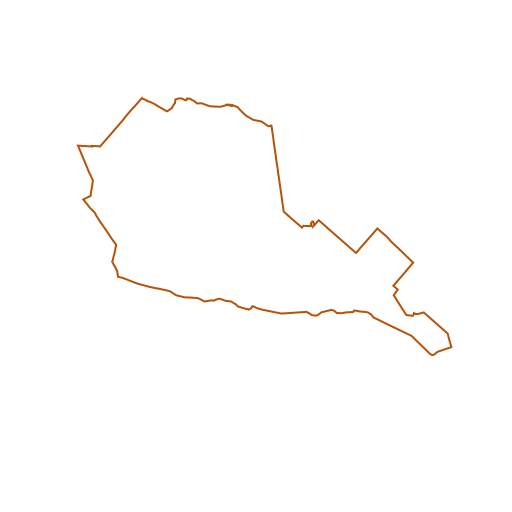 Vīksnas pag., Balvu, Latvia, rotated 42°
{"feature_id": "27541924B75999158196044", "entity_name": "Vīksnas pag.", "entity_type": "district", "adm_level": 2, "iso_a3": "LVA", "parent_name": "Latvia", "parent_adm1": "Balvu", "projection": "equal_earth", "projection_center": [27.422, 57.224], "detail": "fine", "context": "isolated", "style": "outline", "palette": "amber", "viewbox_px": 512, "rotation_deg": 42, "n_neighbors": 0, "source": "geoboundaries", "source_scale": "gbopen_adm2", "svg_char_len": 5839}
<svg xmlns="http://www.w3.org/2000/svg" viewBox="0 0 512 512"><g transform="rotate(42 256 256)"><path d="M179.7,148.2L179.8,149.3L179.4,150.3L178.8,150.9L177.4,151.5L170.2,152.3L167.7,153.8L162.8,156.7L159.6,157.4L154.4,158.4L151.0,158.3L145.9,158.0L143.1,157.7L139.9,158.7L137.8,159.5L138.0,159.7L137.9,160.1L138.0,160.4L137.8,160.7L137.5,160.6L137.3,160.6L137.2,160.9L137.0,161.0L136.8,160.7L136.6,160.7L136.1,160.7L136.1,160.8L135.7,161.0L135.5,161.6L135.2,161.6L135.2,162.1L134.7,162.3L134.4,162.2L134.0,162.1L133.8,162.4L133.6,162.7L132.9,163.1L132.8,163.3L133.1,163.6L129.8,168.8L125.4,172.5L121.5,175.6L116.7,177.6L113.5,178.8L110.4,181.8L110.0,182.1L106.4,182.2L104.6,182.7L104.2,182.9L102.4,183.1L101.7,183.3L99.4,185.1L100.0,186.8L99.7,187.3L98.5,187.8L95.6,188.6L93.4,190.2L91.4,193.6L93.5,196.6L93.5,196.8L93.6,198.6L93.8,199.3L94.2,201.6L94.6,202.2L93.2,207.7L93.0,208.1L92.1,208.3L85.2,209.8L78.4,211.1L73.7,212.5L71.6,213.7L71.3,213.8L70.8,213.5L70.4,213.5L66.3,215.1L65.9,215.1L65.5,215.0L65.6,221.1L65.7,226.9L65.6,227.9L65.6,233.0L65.8,239.2L65.9,241.6L66.0,241.9L66.2,244.7L66.2,247.6L66.3,249.4L66.3,251.3L66.4,258.3L66.5,258.8L66.6,265.8L66.8,276.0L66.8,277.7L66.9,278.9L66.3,279.3L64.9,280.3L64.1,281.0L61.3,283.2L60.4,284.0L60.9,284.3L49.9,293.1L55.2,295.6L56.7,296.3L58.9,297.4L62.1,298.9L68.0,301.7L74.6,304.9L82.9,308.4L83.9,308.8L84.4,309.2L86.9,312.9L91.7,320.5L92.9,321.9L89.8,329.5L100.4,331.3L100.5,331.3L106.0,331.6L107.4,331.7L109.7,332.7L117.5,334.9L118.2,335.1L119.5,335.3L127.1,337.1L134.5,339.0L140.0,340.3L144.8,341.3L146.2,344.1L146.8,344.9L148.5,347.8L149.9,350.5L152.3,354.9L152.8,356.2L153.0,356.5L153.9,356.8L154.8,357.0L155.4,357.4L155.6,357.5L156.5,357.8L157.3,357.9L157.9,358.1L158.0,358.2L158.1,358.3L158.3,358.3L158.6,358.4L160.5,359.1L160.8,359.3L162.7,360.0L163.0,360.2L164.9,361.8L165.0,361.8L167.3,363.7L167.4,363.8L168.4,363.2L170.3,362.2L171.0,361.7L171.7,361.4L173.3,360.9L175.3,360.0L178.5,358.9L186.9,355.6L187.9,355.1L196.5,350.7L198.1,349.9L199.9,348.8L203.1,347.0L204.7,345.9L207.8,344.1L213.5,340.9L215.4,339.9L215.9,339.7L218.0,339.4L222.8,338.6L223.1,338.5L230.4,334.6L230.7,334.5L230.9,334.3L232.2,333.1L233.8,331.8L235.8,330.2L239.0,327.7L240.5,326.6L240.8,326.4L241.7,325.9L242.3,325.7L242.9,325.6L245.2,325.0L247.7,324.4L248.0,324.3L248.3,324.1L248.6,323.8L249.4,322.6L250.5,321.4L251.1,320.6L251.7,319.8L252.2,319.3L252.7,318.7L253.1,318.3L254.6,317.3L254.8,317.1L255.2,315.6L255.3,315.4L256.1,314.2L256.4,313.7L256.6,313.3L256.8,313.1L256.9,312.8L257.0,312.6L257.2,312.4L257.6,312.1L258.2,311.8L258.5,311.7L258.9,311.5L261.6,310.4L263.7,309.5L264.1,309.2L264.3,309.0L266.3,307.6L267.8,306.5L268.0,306.4L272.2,305.7L272.5,305.6L273.1,305.4L273.3,305.4L276.2,305.6L276.4,305.6L276.6,305.5L277.4,305.1L279.8,304.0L281.7,303.1L286.4,300.6L286.5,300.6L286.6,300.4L287.2,298.6L287.3,298.1L287.3,297.8L287.2,297.1L287.1,296.8L287.0,296.6L286.9,296.4L286.9,296.1L287.0,295.8L287.1,295.6L287.3,295.4L291.2,294.2L292.7,293.6L294.9,292.6L296.2,291.9L299.6,289.9L309.1,284.3L313.0,282.0L313.4,281.7L315.0,280.1L317.3,277.8L322.2,272.7L329.3,265.4L329.9,264.9L330.4,264.1L330.7,263.9L331.1,263.7L334.0,263.0L335.0,262.8L336.4,262.7L337.1,262.5L337.4,262.4L338.2,261.8L339.7,260.7L340.2,260.4L340.6,259.9L340.9,259.6L341.2,259.1L341.3,258.9L341.3,258.5L341.5,258.0L341.6,257.7L341.8,256.9L342.0,255.7L342.2,254.9L342.3,254.4L342.6,253.5L343.3,252.5L344.1,251.7L344.3,251.0L344.4,250.8L344.7,250.5L345.2,249.8L345.9,248.7L346.9,247.4L347.1,247.1L347.5,246.5L347.6,246.1L347.8,245.8L348.2,245.6L349.0,245.2L349.6,244.9L350.3,244.5L350.5,244.4L350.9,244.3L351.1,244.4L351.8,244.4L352.1,244.4L353.2,244.4L354.2,244.3L354.4,244.2L354.5,244.2L355.0,243.5L355.6,243.1L356.6,242.4L357.3,241.9L357.9,241.2L358.5,240.4L360.8,237.5L362.0,236.3L363.9,234.4L365.4,232.9L365.6,232.7L365.7,232.3L365.7,232.1L365.4,231.2L365.5,230.7L365.9,230.4L369.9,228.0L371.0,227.2L372.3,226.3L372.6,226.0L373.3,225.5L373.6,225.2L374.2,224.8L374.7,224.4L376.3,223.4L376.8,223.2L377.2,223.0L378.3,222.9L379.5,222.5L380.2,222.4L380.6,222.4L381.2,222.5L383.3,222.9L384.3,223.0L384.8,222.9L385.3,222.8L390.1,221.4L393.4,220.5L414.7,214.3L420.2,212.7L424.1,211.5L425.0,211.3L425.6,211.3L438.0,211.8L444.5,212.0L450.9,212.3L451.7,212.2L452.8,211.8L453.0,211.7L453.3,211.6L453.7,211.2L454.1,210.7L454.4,209.9L454.8,207.0L455.1,205.6L459.4,197.8L461.0,195.2L462.1,192.9L457.2,189.9L454.9,188.4L454.4,188.1L453.7,187.7L451.5,186.1L451.4,186.0L451.0,185.7L450.4,185.4L449.1,185.4L448.9,185.4L448.3,185.4L446.0,185.4L442.7,185.5L441.4,185.4L438.7,185.5L437.4,185.5L427.4,185.6L425.6,185.6L418.4,185.7L417.7,186.9L417.2,187.6L416.4,188.9L415.9,189.6L415.8,189.9L415.1,190.6L414.2,191.6L413.7,192.2L413.4,192.3L411.6,192.7L412.7,195.2L412.6,195.5L407.2,199.3L406.2,199.0L401.3,197.7L390.6,194.7L384.6,193.0L383.8,186.1L378.0,186.2L378.0,184.7L378.0,182.4L377.9,182.4L377.8,178.5L377.8,176.8L377.7,170.0L377.7,169.9L377.6,167.5L377.5,164.6L377.4,163.0L377.3,155.8L372.4,155.6L355.6,155.0L354.7,155.1L347.9,154.9L347.4,154.9L343.0,154.4L341.5,154.2L340.1,154.1L339.4,154.1L337.0,154.2L328.3,154.4L328.0,154.3L327.8,154.3L327.9,161.4L328.0,170.1L328.1,180.1L328.3,182.9L328.3,186.8L325.2,186.9L317.0,187.0L301.9,187.2L300.4,187.2L290.9,187.4L289.7,187.3L278.7,187.5L278.7,191.2L278.7,195.2L278.2,194.4L277.6,193.6L276.5,192.7L275.7,192.3L275.2,192.2L274.8,192.6L274.8,194.4L275.4,195.4L276.4,196.3L277.1,196.6L272.9,200.4L271.1,201.7L271.1,204.1L266.8,204.2L264.1,204.3L252.9,204.5L252.9,204.4L246.9,204.5L240.3,199.0L233.6,193.3L227.6,188.4L221.2,183.0L216.1,178.8L213.0,176.0L212.4,175.7L204.8,169.4L204.2,168.8L200.1,165.4L195.3,161.4L195.0,161.2L192.7,159.2L190.1,157.0L190.1,156.9L189.0,156.0L185.4,153.1L182.0,150.2L181.8,150.0L180.5,149.0L179.8,148.4L179.7,148.2Z" fill="none" stroke="#b45309" stroke-width="2"/></g></svg>